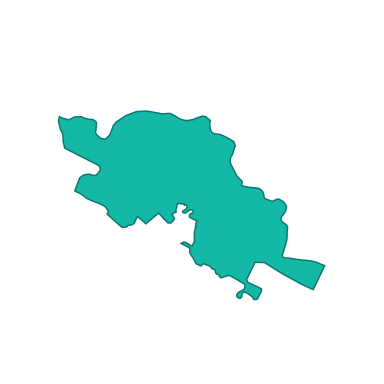 the district of Sahar, Sa`dah, Yemen, rotated 117°
{"feature_id": "15242507B10960751674051", "entity_name": "Sahar", "entity_type": "district", "adm_level": 2, "iso_a3": "YEM", "parent_name": "Yemen", "parent_adm1": "Sa`dah", "projection": "mercator", "projection_center": [43.698, 16.931], "detail": "fine", "context": "isolated", "style": "filled", "palette": "teal", "viewbox_px": 384, "rotation_deg": 117, "n_neighbors": 0, "source": "geoboundaries", "source_scale": "gbopen_adm2", "svg_char_len": 6004}
<svg xmlns="http://www.w3.org/2000/svg" viewBox="0 0 384 384"><g transform="rotate(117 192 192)"><path d="M185.0,344.3L188.7,343.4L190.1,342.6L193.6,339.7L195.1,338.4L196.3,337.1L198.2,334.5L199.5,333.2L200.2,332.6L201.2,332.0L205.0,330.0L205.7,329.6L208.5,327.1L209.7,326.2L210.7,325.5L210.7,287.4L211.8,285.1L214.3,283.6L219.3,284.5L221.5,286.0L222.3,288.6L222.6,291.2L223.4,292.9L226.2,296.4L230.3,298.4L244.2,297.0L244.2,296.3L244.2,296.1L244.3,294.5L244.3,293.0L244.2,292.9L244.1,291.7L244.1,290.3L244.4,289.0L244.5,288.2L244.5,287.7L244.8,286.4L245.0,285.2L245.3,283.9L245.4,282.5L245.4,281.3L245.4,280.1L245.3,278.8L245.2,276.4L245.0,275.1L244.9,274.0L244.7,272.4L244.5,271.1L244.3,269.8L244.3,268.4L244.3,267.2L244.3,265.9L244.3,264.7L244.4,263.3L244.4,262.8L245.7,260.3L245.7,260.2L246.7,258.2L247.0,257.7L249.4,257.7L250.3,257.4L250.4,257.1L254.9,240.0L255.0,237.6L252.8,234.3L251.0,233.9L248.4,230.6L246.4,229.3L245.1,229.3L243.6,229.4L239.1,229.5L238.8,227.9L239.4,226.0L239.5,225.4L241.0,219.6L241.3,218.7L239.2,217.8L238.4,217.5L236.3,216.6L233.8,215.5L231.3,214.5L229.4,213.6L226.2,212.2L225.9,212.1L226.5,210.5L227.7,207.4L228.0,206.7L228.4,205.9L228.6,205.1L230.5,199.3L230.1,198.6L229.7,198.0L229.6,197.6L229.5,197.0L229.3,196.8L228.4,196.5L226.7,196.0L225.8,195.7L224.7,195.5L224.1,195.4L223.7,195.5L220.8,199.6L218.6,198.4L217.0,197.0L215.7,198.1L214.6,198.4L208.6,199.7L206.5,193.9L206.6,193.4L206.9,193.3L207.1,193.0L207.2,192.6L206.8,192.3L206.5,192.3L206.2,192.0L206.1,191.5L206.4,190.6L206.8,190.1L207.3,189.7L208.1,189.5L209.2,189.5L210.3,189.9L212.4,191.1L213.2,191.4L213.7,191.5L214.2,191.1L214.3,190.0L214.0,188.8L213.4,188.1L211.9,187.2L211.5,187.0L210.9,186.7L210.2,186.4L209.9,186.2L208.4,185.1L208.0,183.9L208.1,182.7L209.4,181.9L209.9,181.8L210.4,181.9L210.7,182.0L211.0,182.4L211.4,183.2L211.8,183.4L213.1,183.7L214.2,183.7L215.0,183.2L215.5,182.7L215.6,181.9L215.8,178.7L215.2,174.8L216.2,174.7L217.8,174.3L221.9,173.0L222.0,172.5L223.9,172.3L225.0,172.1L227.8,171.2L234.9,167.4L236.3,167.4L237.9,167.4L239.3,167.5L240.1,167.6L240.1,168.7L239.8,174.2L239.7,174.8L240.1,176.0L240.5,176.8L241.3,177.4L242.6,178.3L242.8,178.4L242.9,173.3L242.8,171.9L242.8,170.1L242.9,169.5L243.7,168.0L243.9,167.6L245.0,167.4L245.9,167.1L246.4,166.9L247.4,166.1L248.1,165.1L248.7,163.9L249.4,162.8L249.9,161.6L251.9,158.8L252.8,157.5L253.4,156.9L253.8,156.1L254.1,155.2L253.9,150.5L250.6,149.4L250.6,149.2L250.5,147.8L250.4,147.1L250.4,146.6L250.2,145.3L250.1,143.8L249.9,142.3L251.3,139.2L251.4,138.5L250.8,137.7L250.8,136.7L251.3,136.0L252.4,135.0L253.4,134.0L253.8,133.1L253.7,132.1L253.8,132.0L253.4,130.9L253.3,130.3L253.4,129.6L254.0,129.5L254.7,129.6L255.0,128.7L255.2,127.9L255.4,127.2L255.2,127.0L251.0,123.0L250.0,122.0L249.3,120.7L249.6,112.6L250.2,104.1L250.5,103.1L251.3,102.4L252.8,101.7L254.5,101.5L255.7,101.8L256.7,102.6L256.8,102.6L259.5,104.5L261.6,105.4L263.0,105.4L263.8,105.2L264.5,104.8L265.0,104.0L265.1,103.2L265.3,102.1L264.9,101.2L264.5,100.6L263.5,100.2L262.3,100.2L261.2,100.7L260.6,101.0L259.9,101.1L258.7,101.1L258.1,100.7L257.7,100.2L257.2,99.1L257.0,97.7L257.9,90.9L258.4,89.9L258.8,89.4L259.4,88.9L259.7,88.3L259.6,87.6L258.6,86.4L258.3,85.7L257.8,85.3L256.3,85.1L249.8,85.1L248.6,85.2L247.9,85.4L247.2,85.9L246.8,86.5L246.8,87.0L246.7,88.6L247.1,101.0L245.5,103.6L226.0,103.9L221.9,95.2L222.5,89.5L223.1,82.9L223.8,73.9L224.5,52.7L224.0,40.3L223.9,39.7L206.3,40.1L197.3,40.4L197.3,40.5L197.6,42.1L198.2,50.0L198.7,52.0L199.1,53.3L199.5,54.7L199.8,55.8L200.4,57.2L200.9,58.7L201.3,59.8L201.9,61.1L202.4,62.2L202.9,63.6L203.4,65.1L203.8,66.2L204.2,67.4L204.6,68.5L205.0,69.9L205.4,71.2L205.9,72.6L206.3,73.9L206.7,75.2L207.3,76.7L208.0,78.0L208.5,79.2L208.7,80.2L208.8,80.6L208.5,81.9L207.3,82.9L206.1,83.1L204.8,83.2L203.4,83.4L202.0,83.7L200.7,83.9L199.5,84.2L198.1,84.4L196.8,84.6L195.5,84.9L194.0,85.2L192.9,85.4L191.2,86.0L189.7,86.6L188.2,87.2L187.1,87.8L185.8,88.4L184.6,89.0L183.5,89.4L182.3,89.9L181.1,90.3L179.8,91.1L178.6,92.5L178.2,94.3L177.6,98.1L177.0,99.4L176.0,100.3L174.8,100.7L173.4,100.9L172.1,100.8L170.1,100.3L167.5,99.9L163.9,100.4L162.3,101.1L161.2,102.1L159.6,104.9L159.1,107.2L158.9,110.7L159.2,112.0L160.0,113.1L163.7,116.0L164.0,116.9L164.2,118.3L164.4,119.9L164.5,120.3L164.5,121.4L164.6,121.7L164.7,122.6L164.8,123.3L164.6,124.3L164.0,125.2L163.4,125.8L161.3,127.2L160.8,127.7L160.3,128.3L159.9,128.7L159.3,129.9L159.0,131.0L158.5,132.4L158.5,133.6L158.8,135.0L159.0,135.8L159.1,136.4L159.6,137.5L160.0,138.7L160.1,138.8L160.2,139.1L160.3,139.4L160.6,139.9L160.8,140.4L161.0,141.1L161.6,142.3L161.7,142.5L162.1,144.0L162.8,146.4L163.2,147.7L163.4,148.9L163.6,150.0L163.5,151.1L161.1,151.5L160.2,151.8L159.7,152.4L157.9,157.7L157.2,159.6L150.2,169.1L148.6,171.1L147.5,171.8L146.3,172.4L143.9,173.2L142.6,173.2L141.3,173.1L139.8,173.1L138.2,173.3L136.7,173.6L133.9,174.1L132.7,174.3L131.4,174.2L128.1,177.8L128.0,179.3L127.9,180.5L127.8,181.9L127.7,183.4L127.7,184.8L127.7,186.2L127.7,187.6L127.7,188.9L127.7,190.3L127.8,191.5L128.0,192.9L128.2,194.1L128.5,194.9L128.7,195.3L128.8,195.6L129.3,196.6L129.7,197.8L130.0,199.3L130.0,200.6L129.5,201.9L128.8,202.9L127.9,204.0L126.7,205.0L125.3,205.9L124.1,206.8L123.9,206.9L120.0,208.1L119.3,211.6L118.7,214.2L119.6,217.0L121.1,218.5L122.0,219.4L123.2,220.6L125.0,222.4L126.2,222.9L130.6,228.7L131.8,232.2L132.4,236.0L132.0,242.0L131.8,245.6L132.2,247.9L135.8,253.9L140.4,269.0L145.6,278.0L153.9,285.6L164.1,291.3L168.3,292.2L178.1,291.2L183.5,292.7L184.8,294.4L185.5,297.4L184.5,302.7L182.8,305.0L180.0,305.9L175.4,307.8L174.2,308.2L173.3,309.0L172.9,309.8L172.8,310.1L172.6,311.4L172.5,312.6L172.6,313.9L173.3,315.0L173.7,316.1L174.1,317.4L174.4,318.6L174.6,319.8L175.0,321.0L175.1,322.3L175.0,323.5L175.2,324.8L175.8,326.1L176.5,327.1L177.1,328.2L177.7,329.3L178.3,330.5L179.3,331.4L180.4,332.2L181.5,332.9L182.5,333.5L183.4,334.4L183.9,335.6L184.1,336.8L184.3,338.0L184.6,339.2L184.9,339.6L185.0,343.1L185.0,344.3Z" fill="#14b8a6" stroke="#0f766e" stroke-width="1.5"/></g></svg>